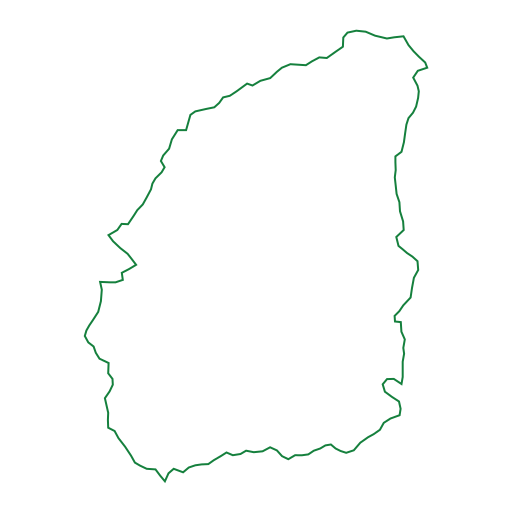 the district of Carmolândia, Tocantins, Brazil
{"feature_id": "56859067B94534455119436", "entity_name": "Carmolândia", "entity_type": "district", "adm_level": 2, "iso_a3": "BRA", "parent_name": "Brazil", "parent_adm1": "Tocantins", "projection": "mercator", "projection_center": [-48.372, -7.038], "detail": "fine", "context": "isolated", "style": "outline", "palette": "green", "viewbox_px": 512, "rotation_deg": 0, "n_neighbors": 0, "source": "geoboundaries", "source_scale": "gbopen_adm2", "svg_char_len": 2303}
<svg xmlns="http://www.w3.org/2000/svg" viewBox="0 0 512 512"><path d="M164.9,481.3L168.5,473.3L173.7,468.8L183.1,472.3L188.8,467.5L195.3,465.3L201.6,464.4L208.3,464.1L213.8,460.2L221.3,455.8L226.5,452.5L232.8,455.2L240.5,454.0L246.1,450.7L253.8,452.2L262.6,451.3L270.1,447.3L276.9,450.4L282.1,456.2L288.3,459.2L295.1,455.2L301.7,455.3L308.3,454.4L313.8,450.7L320.2,448.5L325.4,445.4L330.9,444.5L335.6,448.5L340.6,451.0L346.2,452.8L353.8,450.3L360.3,442.7L368.1,437.2L373.6,434.2L379.9,429.8L383.8,422.8L390.5,418.5L399.6,415.2L400.6,408.8L399.0,401.5L391.8,396.8L384.9,391.7L382.7,384.3L387.0,379.1L393.8,378.9L401.5,384.0L402.7,377.0L402.7,371.1L402.7,361.7L404.1,353.7L403.3,347.9L404.8,339.4L401.4,331.7L400.8,322.1L395.0,321.5L394.6,315.9L399.3,311.2L403.3,305.3L410.6,297.5L412.0,288.0L413.9,277.8L418.2,270.0L417.5,261.2L412.4,256.6L407.0,253.0L402.7,249.3L398.5,245.9L396.3,237.0L403.7,230.0L403.1,221.4L400.0,211.3L399.4,202.2L396.6,193.9L395.7,185.5L394.8,177.4L395.7,170.1L395.4,162.1L395.4,156.4L401.5,151.8L403.9,142.3L405.1,133.5L406.4,124.6L408.5,118.1L413.0,112.7L416.1,106.6L418.1,98.0L418.8,91.3L417.5,85.7L413.2,77.6L417.8,70.8L427.2,67.7L425.2,62.5L419.0,56.8L413.6,51.3L408.5,45.1L403.5,36.3L394.2,37.3L386.9,38.5L381.1,37.1L375.1,35.7L365.7,31.7L356.3,30.7L347.5,32.6L343.3,37.5L342.9,46.7L335.1,52.1L326.8,58.0L319.3,57.4L312.0,61.3L305.9,65.2L290.4,64.2L281.9,67.7L276.9,71.8L270.2,78.1L260.4,80.8L252.5,85.5L247.1,83.6L236.6,91.3L229.8,95.8L223.1,97.4L219.2,102.9L214.3,107.3L206.4,108.9L195.3,111.4L190.4,114.9L186.1,130.1L177.7,130.1L171.9,139.3L169.1,148.7L163.2,155.5L160.9,161.0L164.6,167.2L161.6,172.3L155.5,178.3L152.4,183.6L151.0,189.3L146.7,197.4L142.8,204.4L137.3,210.1L133.8,215.6L128.0,224.2L121.6,223.9L117.3,230.0L108.5,235.1L113.1,241.3L120.3,248.1L127.6,253.8L131.3,258.5L136.1,264.8L128.8,269.2L121.8,272.8L122.8,279.9L115.6,282.3L109.4,282.3L100.1,281.9L101.8,289.7L100.9,301.2L98.2,311.9L92.7,320.4L89.3,325.4L86.4,330.5L84.8,336.0L88.3,342.4L93.6,346.5L95.8,352.8L99.5,358.7L108.6,363.0L108.2,373.3L112.5,378.9L112.8,384.7L109.6,391.4L104.9,398.2L108.2,412.8L107.9,419.8L108.2,427.7L114.6,431.0L118.5,438.2L125.1,446.7L131.0,455.6L134.9,462.6L140.0,465.6L146.7,468.8L155.5,469.4L160.3,475.8L164.9,481.3Z" fill="none" stroke="#15803d" stroke-width="2"/></svg>